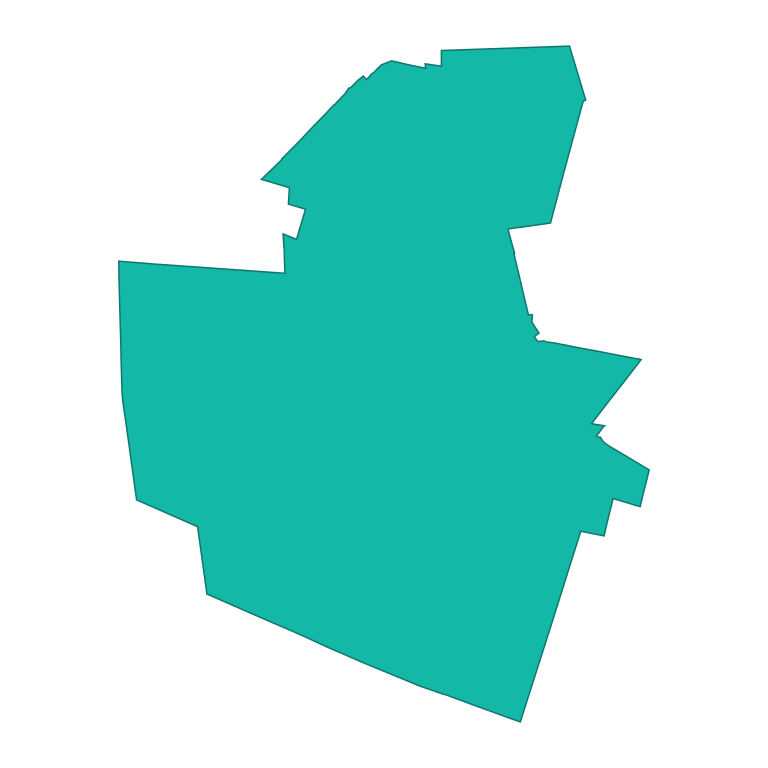 Villa Unión, Coahuila, Mexico (Albers equal-area conic projection)
{"feature_id": "50627088B60312682386501", "entity_name": "Villa Unión", "entity_type": "district", "adm_level": 2, "iso_a3": "MEX", "parent_name": "Mexico", "parent_adm1": "Coahuila", "projection": "albers", "projection_center": [-100.748, 28.099], "detail": "medium", "context": "isolated", "style": "filled", "palette": "teal", "viewbox_px": 768, "rotation_deg": 0, "n_neighbors": 0, "source": "geoboundaries", "source_scale": "gbopen_adm2", "svg_char_len": 1853}
<svg xmlns="http://www.w3.org/2000/svg" viewBox="0 0 768 768"><path d="M520.3,721.9L550.7,626.6L559.3,599.4L561.7,591.8L571.3,561.1L580.8,531.3L604.1,535.9L607.4,521.5L611.6,504.8L613.0,498.5L632.5,504.4L633.5,504.8L640.2,506.6L640.5,505.0L649.2,469.9L608.4,445.6L603.8,442.3L600.3,437.1L598.3,437.1L597.1,436.7L596.4,435.9L597.3,435.0L604.0,426.0L604.4,425.8L591.5,423.7L609.6,400.2L624.7,380.9L641.1,359.7L638.6,358.9L634.4,358.4L632.7,358.0L630.0,357.5L629.2,357.3L623.8,356.3L622.3,356.0L620.7,355.7L618.3,355.3L616.2,354.8L614.3,354.5L612.3,354.1L607.6,353.2L604.8,352.6L576.2,347.3L570.0,346.0L554.7,343.0L546.2,341.9L544.1,340.9L537.7,341.5L534.3,336.6L539.0,333.1L531.9,322.2L532.4,314.8L528.4,314.8L518.5,272.8L513.8,253.3L514.6,253.3L511.2,241.2L508.0,229.0L510.5,228.6L514.5,228.0L517.2,227.7L519.8,227.4L550.5,223.0L555.9,202.6L562.9,175.9L583.1,101.5L585.7,100.0L569.5,46.1L511.4,48.1L441.4,50.5L441.4,66.2L425.2,63.8L425.5,68.2L407.2,64.5L397.7,62.2L391.6,60.9L389.9,61.5L381.5,64.8L376.7,69.4L374.4,72.0L371.6,74.0L370.8,74.8L370.8,75.0L370.7,75.1L370.2,75.4L370.1,75.9L366.3,79.6L363.4,76.1L361.1,77.8L359.2,79.5L359.1,79.4L358.2,80.0L351.0,87.3L350.9,87.6L348.7,88.2L345.2,93.5L340.0,98.8L340.0,99.0L334.0,105.2L333.8,105.0L331.2,107.7L325.8,113.5L315.7,123.9L315.2,124.3L300.3,140.2L282.0,158.7L281.1,160.3L261.4,179.4L289.4,187.7L288.4,204.1L305.5,209.2L296.5,239.3L283.1,233.9L283.8,245.6L284.4,252.9L284.3,255.6L284.9,273.3L204.8,267.6L163.9,264.7L153.7,264.0L118.8,261.2L119.0,279.8L120.9,348.2L121.1,359.7L121.7,381.2L122.1,393.6L122.8,401.2L125.9,422.7L129.0,444.8L131.8,465.5L136.6,499.9L197.6,526.7L206.9,594.0L252.5,614.0L255.0,615.1L301.0,635.0L326.8,646.9L335.5,650.7L365.8,663.8L384.0,671.3L420.1,686.2L443.3,694.2L446.6,695.1L472.8,704.8L511.1,718.7L520.3,721.9Z" fill="#14b8a6" stroke="#0f766e" stroke-width="1.5"/></svg>